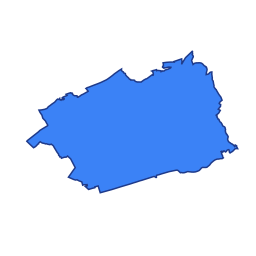 outline of Mosoaia, Arges, Romania, rotated 166°
{"feature_id": "2599482B7420544870343", "entity_name": "Mosoaia", "entity_type": "district", "adm_level": 2, "iso_a3": "ROU", "parent_name": "Romania", "parent_adm1": "Arges", "projection": "robinson", "projection_center": [24.795, 44.826], "detail": "fine", "context": "isolated", "style": "filled", "palette": "blue", "viewbox_px": 256, "rotation_deg": 166, "n_neighbors": 0, "source": "geoboundaries", "source_scale": "gbopen_adm2", "svg_char_len": 5639}
<svg xmlns="http://www.w3.org/2000/svg" viewBox="0 0 256 256"><g transform="rotate(166 128 128)"><path d="M59.2,182.1L67.3,181.4L67.2,180.8L71.4,181.8L74.8,182.4L78.2,182.8L78.4,180.3L79.6,179.2L79.8,178.6L79.4,178.1L78.7,178.1L78.7,177.4L74.4,177.3L73.5,177.2L72.2,176.7L71.7,176.5L72.0,176.1L72.6,176.0L73.0,175.7L73.8,175.8L74.3,175.4L77.9,175.3L78.8,174.8L79.4,174.6L81.3,175.2L81.6,175.2L81.6,174.7L82.4,174.7L82.3,175.4L82.5,175.7L85.6,176.8L86.3,176.7L86.3,177.7L89.2,177.6L89.5,177.7L91.1,177.5L90.4,176.9L90.3,176.3L90.4,175.9L90.2,175.3L90.3,174.6L90.6,173.4L90.9,173.1L91.2,173.1L91.4,173.3L91.6,173.8L98.0,171.2L98.7,171.3L101.1,170.7L104.2,169.4L104.6,169.6L105.3,169.7L106.5,170.1L107.5,170.2L108.2,170.7L108.5,170.7L109.1,171.1L109.9,171.9L110.1,172.3L110.1,172.7L110.4,172.9L111.5,173.3L111.9,173.4L113.8,173.9L113.9,174.2L113.8,174.5L114.4,174.8L114.6,174.9L114.9,175.3L115.2,176.2L115.9,177.3L116.7,178.5L117.5,180.1L117.4,181.5L118.8,182.5L118.9,183.5L119.7,184.1L120.4,185.5L120.0,186.8L123.1,185.8L123.6,185.6L128.2,183.8L130.2,182.8L133.0,181.6L136.3,180.3L137.7,179.9L143.1,178.8L145.7,178.4L151.7,177.7L156.2,177.1L158.0,177.0L159.3,176.5L158.6,175.5L158.5,174.8L157.9,173.9L157.8,173.2L163.6,171.6L164.5,171.5L165.3,171.3L167.0,170.6L168.3,170.2L169.2,169.9L169.4,170.0L169.7,170.3L169.4,170.9L169.4,171.1L169.7,171.5L170.1,171.7L171.8,172.2L172.3,172.4L173.0,173.1L173.7,174.2L173.5,174.8L173.6,175.2L173.9,175.5L174.2,175.6L174.7,175.5L175.2,176.1L177.2,176.0L180.0,175.7L179.8,175.3L179.3,174.3L183.5,173.7L183.8,173.5L184.2,173.4L184.6,173.2L184.5,172.8L184.2,172.6L183.7,172.5L183.0,172.2L182.8,171.9L182.8,171.7L183.0,171.4L183.7,171.1L184.0,171.3L184.1,171.7L184.3,171.8L184.7,171.6L185.2,171.3L185.2,171.8L186.9,171.5L187.1,171.8L187.2,172.0L187.1,173.2L188.0,172.6L188.3,172.5L188.7,172.6L189.1,173.0L189.3,173.1L189.5,173.0L190.5,172.5L192.6,171.0L193.4,170.6L196.4,169.5L198.3,168.6L200.0,168.0L200.5,167.7L201.1,167.1L202.0,166.6L204.3,166.3L207.8,166.5L210.1,166.9L209.6,164.5L209.1,163.1L208.4,161.3L208.3,158.1L207.0,155.8L206.5,155.0L206.3,154.3L205.8,152.3L205.2,150.5L205.2,150.2L205.4,149.7L206.3,149.4L210.9,148.0L214.0,147.0L215.9,145.9L228.8,140.1L229.4,139.6L227.0,135.7L224.4,131.7L222.9,132.1L221.4,132.8L219.6,134.0L219.0,134.3L218.7,134.3L218.7,134.5L218.4,134.9L216.5,135.9L214.9,134.2L213.0,133.3L211.6,132.4L211.0,132.5L209.4,131.4L208.4,131.1L207.9,130.7L206.4,130.9L205.8,130.1L205.3,129.6L204.8,128.8L204.5,128.0L204.5,127.6L202.6,121.4L201.7,119.5L201.9,118.6L201.8,118.3L201.2,117.3L201.2,116.5L200.2,116.3L199.9,114.8L197.4,115.0L196.1,115.0L195.8,114.8L194.7,114.7L193.4,115.4L191.1,111.9L188.8,102.3L192.5,99.2L194.3,97.6L197.7,94.7L193.3,91.3L191.5,90.2L190.0,90.1L188.6,88.8L185.9,86.9L185.8,83.5L185.2,83.6L184.6,83.7L184.4,83.5L184.0,83.5L183.5,83.4L183.1,83.3L183.1,83.2L181.4,83.0L181.4,82.0L182.5,82.2L182.6,81.8L182.4,81.8L182.4,81.4L183.5,81.5L181.1,77.9L177.2,78.1L174.5,78.1L174.4,78.2L174.4,78.3L174.4,78.9L171.0,79.0L170.6,71.9L158.5,72.2L148.3,72.8L139.1,73.2L135.0,73.5L134.1,73.5L128.9,73.9L127.5,73.9L114.8,74.7L114.2,74.6L113.1,73.5L112.8,73.2L112.4,73.2L111.9,75.1L111.6,75.2L109.2,75.2L106.3,75.4L98.7,75.7L91.7,75.4L90.8,75.3L90.0,74.9L89.4,74.2L88.0,71.9L87.1,71.9L85.5,71.2L83.9,71.0L82.3,71.1L81.2,71.3L80.4,71.2L76.7,69.8L75.2,69.4L73.3,69.1L71.4,69.2L69.9,69.4L69.1,69.6L67.5,70.6L66.8,71.2L65.9,71.6L65.2,71.7L62.6,71.0L61.0,70.8L57.8,72.3L57.1,72.9L55.7,74.0L53.3,75.2L52.1,75.7L51.2,76.0L49.9,76.2L48.7,76.2L47.3,75.9L45.8,75.9L44.1,75.5L43.6,75.6L42.7,76.0L43.1,76.8L43.0,77.9L43.0,78.6L43.4,79.9L43.5,80.1L43.5,80.4L43.3,80.8L43.0,81.0L42.9,81.2L43.0,81.6L43.4,82.1L43.5,82.6L42.9,82.8L42.4,82.7L41.7,81.8L41.4,81.9L41.0,82.3L40.5,82.6L40.1,82.4L39.5,81.6L39.4,81.3L39.1,81.1L38.1,81.6L37.8,81.9L37.6,82.2L36.9,82.6L36.0,82.7L35.4,82.6L35.3,81.7L35.5,80.1L35.0,79.1L34.0,79.5L32.2,80.0L29.1,81.9L28.0,81.9L27.3,81.6L26.6,81.4L27.2,84.3L27.0,84.5L28.1,85.6L28.4,85.5L28.5,85.3L28.7,84.8L28.6,84.5L28.9,84.2L29.6,85.6L30.6,87.1L31.6,87.8L32.5,89.0L33.1,89.4L33.8,90.8L34.0,91.4L34.1,92.7L34.0,93.2L32.9,95.3L33.0,95.8L33.1,96.2L33.1,96.4L33.4,96.9L33.4,97.3L33.6,97.9L34.0,98.3L33.9,98.7L34.0,99.0L34.3,99.4L34.3,100.1L34.4,100.6L34.2,101.1L34.3,101.7L33.8,102.7L33.7,103.2L33.8,104.1L33.8,104.5L33.7,104.8L34.0,105.7L34.8,106.4L35.6,107.2L35.9,109.4L36.2,109.7L36.3,110.5L36.4,110.8L37.1,111.5L37.3,111.9L37.4,112.5L37.7,113.2L37.6,113.9L37.8,114.5L38.6,115.0L38.5,115.6L38.8,116.3L39.0,116.7L38.8,117.4L38.7,118.3L39.1,118.3L39.3,118.5L39.4,118.8L39.3,119.2L37.8,119.8L36.7,120.3L36.1,120.8L34.2,122.8L35.2,123.7L35.9,124.4L33.0,126.6L32.4,128.4L33.2,129.0L33.5,129.5L33.6,129.9L32.4,131.0L30.9,131.8L30.0,132.2L30.4,135.5L31.7,138.6L33.0,143.0L33.1,143.8L33.8,144.7L33.9,144.9L33.8,145.1L34.1,145.6L34.4,146.4L34.6,147.1L34.6,147.4L34.2,148.6L34.3,149.7L34.0,152.9L34.4,153.9L34.5,154.5L34.4,155.5L34.1,156.0L34.0,156.6L34.0,157.2L33.8,158.7L33.7,159.4L33.8,159.8L33.6,160.2L33.3,161.1L33.1,162.1L34.7,162.2L35.7,161.7L36.0,161.4L36.4,161.2L36.9,160.9L39.2,160.9L38.5,162.9L37.3,165.1L37.1,165.8L37.1,166.8L37.2,167.8L37.5,167.9L37.4,168.4L37.9,169.0L39.0,170.0L40.0,171.9L40.8,172.9L41.1,173.2L42.5,173.9L44.4,174.3L45.4,174.5L46.2,174.7L47.8,174.7L48.5,174.4L49.5,173.9L49.5,174.5L50.0,177.9L49.9,178.3L49.7,178.5L48.6,179.8L48.1,180.6L47.5,181.1L47.4,181.4L47.3,182.1L47.7,182.9L47.8,183.2L48.0,183.6L47.9,183.8L47.5,184.0L47.4,184.2L47.5,184.5L47.2,185.1L47.4,185.7L46.9,186.7L47.1,186.9L55.2,182.3L60.7,176.8L60.2,177.6L60.0,178.4L59.5,179.4L59.4,180.7L59.4,181.1L59.2,182.1Z" fill="#3b82f6" stroke="#1e3a8a" stroke-width="1.5"/></g></svg>